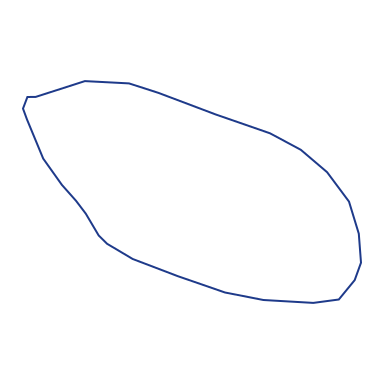 the district of Piherech, Federated States of Micronesia
{"feature_id": "79324940B4028665083072", "entity_name": "Piherech", "entity_type": "district", "adm_level": 2, "iso_a3": "FSM", "parent_name": "Federated States of Micronesia", "parent_adm1": "", "projection": "mercator", "projection_center": [150.419, 8.57], "detail": "fine", "context": "isolated", "style": "outline", "palette": "blue", "viewbox_px": 384, "rotation_deg": 0, "n_neighbors": 0, "source": "geoboundaries", "source_scale": "gbopen_adm2", "svg_char_len": 448}
<svg xmlns="http://www.w3.org/2000/svg" viewBox="0 0 384 384"><path d="M270.0,133.3L215.5,114.4L158.5,92.9L129.0,83.4L84.9,81.1L35.7,96.9L27.4,97.0L23.0,108.6L27.0,119.5L43.2,158.6L61.9,184.9L76.1,200.9L85.8,213.7L98.7,235.5L107.1,243.8L132.7,259.0L177.6,276.1L225.0,292.5L263.4,300.0L313.3,302.9L338.8,299.5L354.7,280.1L361.0,262.7L358.8,233.7L349.0,201.6L327.1,172.2L300.8,149.8L270.0,133.3Z" fill="none" stroke="#1e3a8a" stroke-width="2"/></svg>